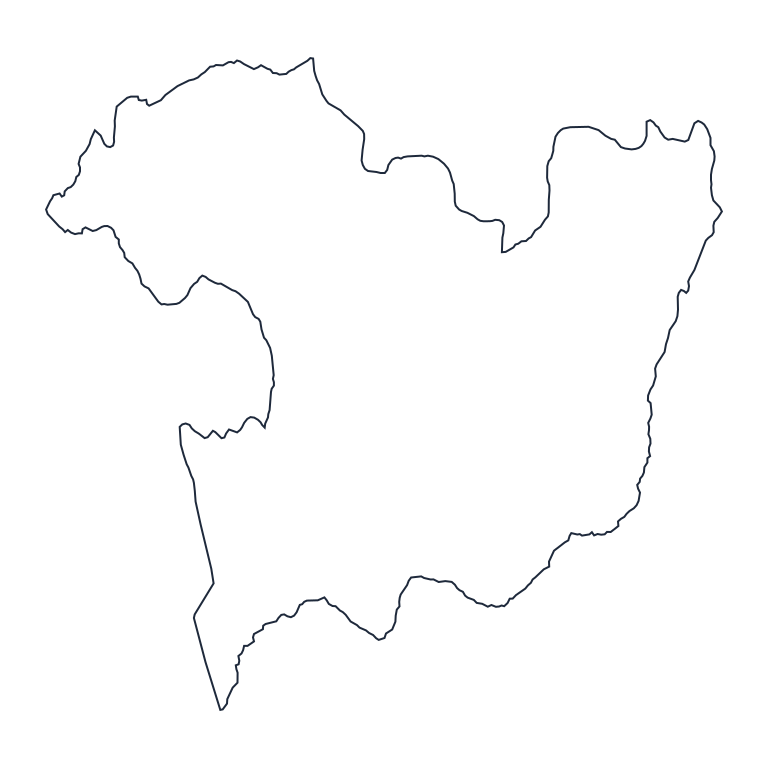 the district of Sirisia, Western, Kenya
{"feature_id": "3690345B98600192059761", "entity_name": "Sirisia", "entity_type": "district", "adm_level": 2, "iso_a3": "KEN", "parent_name": "Kenya", "parent_adm1": "Western", "projection": "equal_earth", "projection_center": [34.469, 0.737], "detail": "fine", "context": "isolated", "style": "outline", "palette": "slate", "viewbox_px": 768, "rotation_deg": 0, "n_neighbors": 0, "source": "geoboundaries", "source_scale": "gbopen_adm2", "svg_char_len": 6037}
<svg xmlns="http://www.w3.org/2000/svg" viewBox="0 0 768 768"><path d="M487.8,606.7L491.4,605.0L495.9,606.8L499.1,606.5L501.6,605.5L504.2,606.2L507.6,603.0L509.7,598.7L512.7,598.6L516.0,595.1L525.3,588.6L527.9,585.4L530.9,582.8L532.6,579.5L535.4,577.3L543.8,569.3L549.2,566.6L549.0,561.6L554.0,550.7L564.9,542.3L568.3,540.4L569.6,535.9L571.3,533.1L577.3,534.5L579.8,534.1L582.0,535.6L589.4,534.4L591.9,532.2L594.1,535.4L597.6,534.0L601.2,534.7L604.7,534.3L607.0,531.9L610.7,532.0L618.4,526.0L618.0,521.4L621.0,518.8L624.3,516.9L626.6,513.8L629.4,511.1L633.8,508.3L636.6,505.2L638.6,500.9L640.0,492.6L638.1,488.7L637.2,484.9L639.7,481.9L640.1,478.6L642.4,475.9L643.9,472.5L644.4,467.1L647.4,462.6L647.4,458.2L650.1,456.1L648.9,451.5L649.1,447.3L650.5,443.6L650.3,438.8L648.4,434.2L649.0,430.2L649.1,426.7L648.2,422.9L650.4,418.5L651.7,414.7L650.6,403.1L647.9,400.6L648.1,395.5L650.5,389.4L653.1,385.5L655.8,376.4L655.1,368.6L656.6,364.4L664.6,352.0L666.0,344.1L668.0,338.0L669.7,330.0L675.7,321.2L677.4,316.2L678.0,309.7L677.7,296.8L678.8,292.9L681.1,289.9L683.9,291.0L686.2,292.9L688.2,290.6L689.0,286.1L688.2,281.5L689.9,277.6L694.4,270.0L705.8,240.6L708.3,237.9L712.0,235.2L713.7,232.2L713.4,225.7L714.3,221.8L717.7,218.0L721.9,211.5L719.8,207.3L713.4,200.5L711.9,195.2L711.0,187.7L711.5,184.3L711.0,180.2L711.0,174.7L711.9,169.0L714.3,160.5L714.6,156.5L713.9,151.2L710.5,145.2L710.5,137.9L707.2,129.1L704.2,124.5L701.6,122.5L698.1,120.9L694.4,123.3L688.3,140.0L684.8,141.6L672.7,138.9L668.2,139.7L664.6,137.5L660.3,131.5L658.3,127.2L655.8,125.6L653.5,122.4L650.2,120.1L646.6,121.7L646.6,135.9L645.0,140.9L643.3,143.8L641.4,146.1L638.7,147.9L635.6,148.9L631.6,149.4L625.0,148.5L620.9,147.1L614.8,139.7L611.2,138.9L605.4,135.7L598.6,130.1L588.6,126.8L570.3,127.2L563.2,128.6L560.7,130.2L557.9,133.0L555.5,136.7L553.4,146.8L553.3,150.8L552.4,154.1L551.2,158.2L548.7,161.2L547.3,166.1L547.1,177.7L547.7,181.4L549.3,185.1L549.5,190.5L548.8,199.8L548.7,212.5L547.9,216.4L545.0,219.7L540.5,226.8L535.1,230.5L531.1,237.1L528.7,238.4L526.0,241.0L521.4,241.3L518.3,243.7L515.4,244.5L513.5,247.4L505.7,251.9L501.9,252.2L502.4,237.6L503.3,233.3L504.0,225.5L502.2,222.0L499.3,220.2L495.2,219.8L492.4,220.9L489.9,221.2L483.8,221.3L480.3,220.8L477.6,219.3L473.9,216.1L467.4,212.8L461.7,211.0L459.1,209.5L455.7,205.7L454.8,201.6L454.7,193.7L453.7,184.0L452.2,180.6L450.0,172.6L448.0,168.5L444.0,163.7L438.4,159.1L433.1,156.7L427.9,155.7L424.4,156.4L421.7,155.7L407.5,156.4L403.6,157.1L401.0,158.6L398.1,157.6L395.5,158.0L392.2,159.6L388.4,165.0L387.2,169.9L384.8,173.0L380.6,173.0L376.5,172.0L368.0,171.0L364.9,168.8L362.8,165.0L361.6,160.5L362.6,149.7L364.2,139.1L364.1,134.0L362.8,130.9L358.1,126.1L344.3,114.6L340.6,110.4L328.5,103.4L326.5,100.9L322.3,94.4L319.1,84.0L317.1,80.3L315.6,75.9L314.2,70.9L313.1,58.5L310.3,58.1L307.4,60.8L296.2,67.4L294.0,69.3L291.4,70.1L288.6,71.7L286.3,73.9L279.4,74.6L276.7,73.2L272.9,73.0L270.3,69.6L267.5,68.8L261.0,65.2L258.0,67.3L253.9,69.1L244.0,64.1L240.2,61.5L237.0,60.5L233.9,63.1L231.0,61.9L228.5,62.2L222.9,65.4L216.0,65.0L213.6,66.4L210.1,66.7L204.8,72.1L201.3,74.4L197.9,77.5L193.7,79.4L189.1,80.4L177.5,86.1L165.4,95.0L160.9,100.2L149.2,105.7L147.0,104.0L146.2,99.8L141.8,100.6L138.8,100.0L137.8,96.6L130.9,96.6L127.2,97.8L116.7,106.6L114.7,120.5L114.9,126.4L113.9,137.5L114.1,141.8L113.1,145.5L110.2,147.1L106.9,146.4L104.3,143.8L100.7,135.6L94.9,130.3L90.8,139.2L89.6,144.1L87.6,147.7L85.9,150.8L80.4,156.7L78.6,163.9L80.0,167.4L80.0,171.3L78.8,174.9L76.3,177.0L75.3,181.2L73.3,184.6L70.7,187.1L67.8,188.1L64.7,191.4L64.2,195.3L61.8,196.6L59.6,193.5L53.4,195.2L52.1,198.3L50.1,201.2L46.1,209.5L47.7,214.1L59.2,226.5L62.6,229.2L65.1,232.1L67.8,230.0L71.1,232.6L75.0,234.1L78.7,233.3L81.9,233.4L82.6,229.2L85.5,227.4L92.7,231.0L96.3,230.1L101.8,226.9L104.2,226.1L107.5,226.0L111.1,227.8L113.5,230.3L115.6,236.9L118.8,239.5L118.8,243.4L120.0,247.1L122.6,250.2L124.2,252.9L124.7,257.2L128.3,261.0L132.4,263.4L135.0,267.8L137.4,270.8L139.2,274.5L140.5,278.7L141.5,283.6L144.5,286.4L148.6,288.4L158.3,301.7L161.5,304.4L164.2,304.0L167.5,304.7L176.4,303.9L179.4,302.8L185.0,298.0L187.4,295.1L190.5,288.1L194.1,283.9L197.2,281.8L199.4,278.1L202.3,275.6L205.6,276.9L208.5,279.4L215.0,282.8L217.9,283.8L220.9,283.6L232.2,290.1L235.5,291.2L239.1,293.7L247.9,301.9L253.0,314.2L255.2,317.1L258.6,318.9L260.3,321.7L261.5,329.4L264.0,337.7L266.3,340.2L270.1,347.9L271.8,355.7L273.7,375.2L272.9,378.9L273.9,382.2L273.9,385.6L271.7,388.7L271.0,391.9L269.6,410.1L268.3,414.1L268.0,417.4L265.2,423.6L264.7,427.6L262.1,424.9L260.6,422.3L258.0,419.8L254.2,417.6L250.5,417.1L247.3,418.9L244.2,422.8L242.0,427.3L240.2,429.9L237.1,432.4L229.0,429.5L226.1,433.5L224.4,437.5L221.5,438.2L215.3,432.1L212.9,430.8L207.7,437.2L204.6,438.1L198.8,433.6L194.8,431.2L191.8,428.4L189.5,424.9L185.7,423.5L182.3,424.4L179.7,426.9L180.8,444.7L183.6,454.8L186.7,464.3L188.4,467.5L191.3,475.9L193.1,479.4L193.9,482.9L194.8,490.9L195.6,501.6L200.6,524.4L211.3,568.8L213.6,583.4L194.7,614.4L193.9,618.0L205.5,662.1L220.3,709.9L222.7,709.4L227.0,703.6L227.3,699.1L232.7,687.6L237.5,682.7L237.6,672.7L236.4,669.2L235.8,665.3L238.6,664.3L239.3,660.8L238.4,656.0L241.5,653.5L243.1,650.2L244.1,645.9L247.5,645.9L254.0,641.4L253.0,637.4L254.0,634.0L262.9,629.2L263.2,625.7L265.6,624.0L276.3,621.3L278.5,617.9L281.3,614.9L284.2,614.4L287.4,616.3L290.9,617.2L294.1,615.6L296.6,612.3L299.8,604.9L302.2,604.2L304.2,601.8L306.9,600.6L317.8,600.3L324.4,597.4L326.7,600.3L328.8,603.9L332.5,606.0L335.6,606.2L339.9,610.5L342.8,612.1L345.7,614.8L350.6,621.5L357.0,625.1L359.5,627.6L366.0,630.4L369.1,633.0L373.1,635.0L376.1,638.2L378.7,639.9L384.5,638.0L386.0,633.5L392.2,629.5L395.4,621.7L395.7,615.7L396.8,609.6L399.5,606.4L399.2,601.9L399.7,597.8L400.7,594.5L407.1,585.1L408.7,580.8L411.1,577.5L421.2,576.4L424.1,578.0L430.6,579.5L433.5,579.4L438.7,582.0L445.3,581.1L451.7,581.9L454.9,584.7L457.1,588.1L459.5,590.2L462.9,591.8L465.1,595.6L467.6,597.6L473.8,599.9L476.7,602.9L482.2,603.8L487.8,606.7Z" fill="none" stroke="#1e293b" stroke-width="2"/></svg>